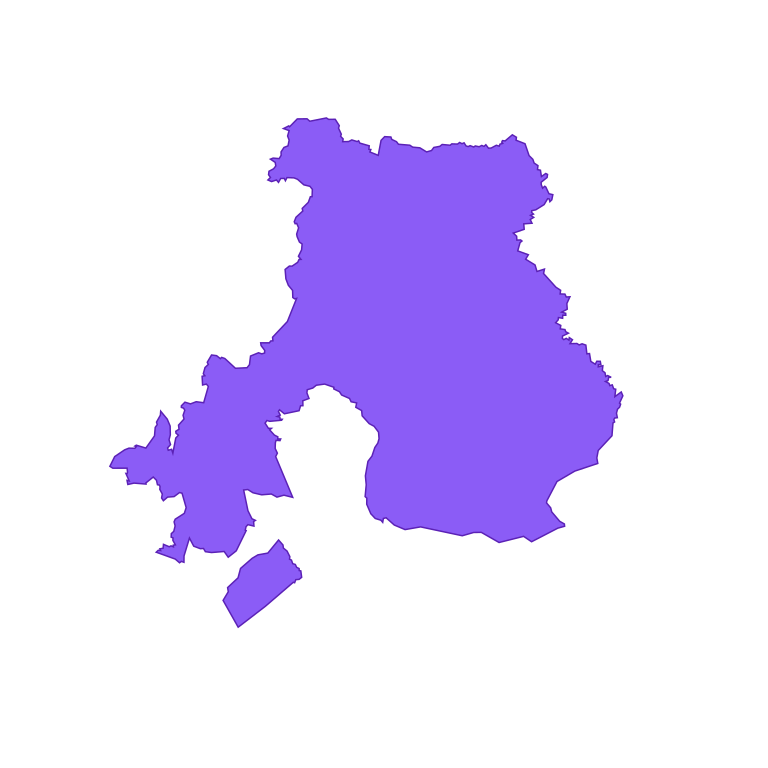 outline of Caltepec, Puebla, Mexico, rotated 289°
{"feature_id": "50627088B1371520644143", "entity_name": "Caltepec", "entity_type": "district", "adm_level": 2, "iso_a3": "MEX", "parent_name": "Mexico", "parent_adm1": "Puebla", "projection": "orthographic", "projection_center": [-97.485, 18.145], "detail": "fine", "context": "isolated", "style": "filled", "palette": "violet", "viewbox_px": 768, "rotation_deg": 289, "n_neighbors": 0, "source": "geoboundaries", "source_scale": "gbopen_adm2", "svg_char_len": 6172}
<svg xmlns="http://www.w3.org/2000/svg" viewBox="0 0 768 768"><g transform="rotate(289 384 384)"><path d="M260.8,465.1L266.0,507.4L272.8,517.1L275.4,524.3L271.6,544.4L285.4,565.6L282.9,574.9L304.3,595.3L308.3,601.1L310.4,600.1L311.4,594.8L317.7,584.2L321.2,581.9L324.5,576.4L326.5,576.0L348.1,579.3L363.8,592.8L378.5,612.0L383.4,609.3L390.9,608.2L409.3,616.4L421.7,613.2L423.2,614.4L425.2,612.9L426.9,613.2L428.1,615.6L432.1,613.3L436.2,613.0L438.7,614.3L442.0,614.3L442.6,612.9L450.6,613.7L453.7,610.9L447.2,606.4L454.5,604.8L454.3,602.7L457.5,600.1L456.0,598.0L457.8,596.6L458.5,592.6L460.2,594.7L463.5,594.3L464.3,596.6L464.8,592.7L463.3,591.2L466.6,589.3L467.7,586.1L472.5,585.0L470.0,581.0L472.1,580.4L473.0,582.7L475.9,581.1L474.8,577.8L471.5,577.3L472.7,572.2L479.7,568.4L478.6,566.0L486.5,562.2L486.5,558.2L484.5,555.8L485.1,553.2L482.7,546.7L487.2,547.8L488.2,544.1L485.7,544.6L486.5,541.4L484.5,539.6L485.2,537.8L487.5,537.2L492.1,541.8L492.6,538.8L494.4,537.4L493.5,532.7L496.9,532.1L497.8,526.3L501.3,527.8L503.6,527.3L504.3,531.5L507.2,530.6L508.2,533.5L510.0,532.8L509.8,528.6L514.4,532.9L519.6,530.7L527.0,531.4L525.6,528.0L527.9,525.8L526.5,521.2L530.1,520.5L531.5,515.0L540.4,498.9L544.9,498.3L540.2,492.0L545.7,488.1L548.1,477.3L553.2,478.4L553.4,467.1L562.0,466.6L564.1,467.9L564.7,466.3L563.3,462.8L566.9,461.3L568.8,457.1L575.9,466.2L580.9,464.0L584.2,471.6L587.1,468.7L590.3,471.3L591.2,467.6L593.3,470.0L594.3,467.7L596.0,467.3L598.1,470.8L605.8,477.0L612.5,478.4L612.8,479.9L610.4,481.5L612.8,482.7L618.0,482.0L617.6,478.0L622.9,472.9L623.3,471.6L620.8,470.2L623.7,467.8L625.9,466.9L632.4,471.0L635.4,470.4L635.7,468.4L631.4,465.3L637.1,462.3L636.7,459.3L640.6,458.5L641.8,454.0L644.9,451.6L647.2,446.8L657.1,439.1L657.5,429.5L660.4,428.9L661.4,424.2L653.3,419.4L652.7,416.8L651.0,416.6L650.1,417.9L648.6,415.6L646.4,415.5L646.3,412.5L642.0,408.5L641.0,406.0L643.4,402.4L641.2,401.2L641.4,398.8L639.3,396.7L638.8,392.8L637.3,391.7L637.4,387.8L635.9,386.3L635.8,384.1L638.1,381.2L636.6,379.5L637.0,376.9L634.8,375.4L633.1,369.9L631.3,368.8L629.4,361.0L626.9,359.4L623.9,354.1L620.2,352.9L617.3,348.7L619.0,341.0L617.3,334.0L618.2,330.7L615.4,319.6L617.2,316.9L617.8,311.7L619.8,310.1L618.1,304.1L613.4,301.9L598.3,304.1L598.8,295.1L601.4,295.2L601.0,293.3L604.4,292.5L603.9,282.7L605.7,280.8L604.5,279.7L604.3,274.1L601.7,271.6L599.7,266.0L602.4,265.6L604.1,262.3L606.3,262.3L611.1,257.7L613.7,257.6L618.4,251.7L616.2,245.5L616.8,242.9L608.3,228.3L609.7,224.9L606.4,215.7L596.5,211.0L597.0,209.9L592.8,205.8L592.7,211.8L587.1,212.1L583.7,214.9L577.9,215.7L575.1,212.4L569.9,211.1L566.8,212.3L563.0,211.5L561.5,205.6L559.6,203.4L558.1,209.0L554.9,210.7L551.5,209.5L547.7,206.0L544.3,206.7L542.3,209.4L539.1,207.8L538.8,211.8L541.9,215.9L540.3,218.6L544.7,219.4L545.9,222.8L544.1,224.6L547.6,225.1L549.6,231.8L549.4,235.6L546.2,243.4L546.8,249.6L544.7,252.9L537.7,255.0L537.1,253.4L531.1,253.3L523.4,249.5L521.1,250.9L513.0,246.5L508.2,246.3L506.6,247.8L507.4,249.2L503.9,252.4L497.3,252.6L495.0,253.9L490.7,257.8L489.7,261.0L484.0,262.4L476.9,261.5L474.8,264.9L474.1,263.1L471.0,262.8L465.5,258.7L464.7,256.1L460.1,253.2L451.5,257.0L446.2,261.4L442.7,267.1L436.1,269.6L435.4,271.8L436.5,273.5L411.6,272.3L391.9,263.4L388.7,264.9L387.8,262.9L385.6,262.2L382.8,254.0L380.3,255.3L376.9,260.3L374.4,261.0L372.7,258.6L372.7,255.2L367.0,248.7L358.5,250.5L354.8,249.2L350.5,238.4L356.3,225.2L356.3,221.8L354.7,221.0L356.3,216.5L355.3,211.5L347.0,209.8L345.3,211.5L341.3,209.4L334.9,209.8L333.5,211.9L332.1,209.5L324.0,212.8L326.1,216.1L324.5,218.7L307.6,219.6L306.1,212.2L302.2,207.5L302.0,201.7L297.4,199.5L295.9,200.0L295.9,202.4L294.3,204.2L289.0,204.2L285.8,206.3L278.2,203.1L274.5,204.9L271.5,202.5L269.7,203.4L268.7,206.3L265.1,204.7L249.8,206.9L253.1,204.4L251.1,201.6L253.1,200.2L257.2,201.9L261.3,198.9L266.4,198.5L274.6,195.5L280.2,190.5L285.6,181.7L281.7,182.7L273.9,181.3L271.8,182.8L268.5,181.8L260.2,183.9L245.9,179.7L245.5,169.7L244.2,168.7L244.2,170.2L242.1,169.4L240.3,163.7L237.3,160.2L227.7,153.0L216.9,151.6L216.1,155.0L220.8,168.5L217.1,170.2L215.6,170.3L215.4,169.1L209.4,174.6L209.2,172.4L205.6,174.5L208.9,179.9L211.9,191.6L213.0,191.1L220.9,196.1L218.9,200.2L215.0,202.6L215.3,204.5L214.0,205.7L211.4,206.3L207.8,210.2L203.8,210.8L201.8,213.4L206.6,216.2L209.2,222.2L214.8,226.0L215.0,228.6L202.7,237.2L196.7,237.3L188.2,230.6L185.3,230.4L181.8,232.7L176.2,233.2L173.3,231.6L169.9,232.6L169.8,234.6L167.4,235.3L164.0,239.1L163.0,237.2L161.5,237.9L161.6,235.3L160.2,233.9L160.6,227.7L156.8,228.6L155.2,225.7L153.8,227.0L153.3,224.7L150.8,223.4L150.5,243.6L148.4,248.9L150.3,250.2L150.3,252.9L156.3,250.9L175.0,250.2L168.7,256.9L168.5,264.0L169.7,266.9L167.3,269.7L168.5,275.8L173.6,287.4L169.5,293.1L178.1,298.6L200.5,301.4L200.6,300.4L204.2,300.0L206.7,301.1L207.3,307.3L211.5,305.5L213.2,306.8L213.6,303.0L219.9,296.6L238.1,285.8L239.9,289.6L238.5,295.5L239.4,304.4L243.3,313.3L242.2,319.6L246.3,325.6L247.1,334.6L280.1,305.2L283.9,305.7L287.6,302.1L293.1,300.4L295.6,300.3L296.6,304.1L298.4,304.2L297.5,301.4L299.5,300.8L300.0,297.0L303.4,290.8L305.4,292.0L304.5,289.1L308.3,284.3L311.4,285.2L311.5,288.1L316.4,299.0L317.5,299.3L316.9,297.2L318.8,296.3L318.5,293.6L320.8,296.0L323.7,293.1L325.6,293.6L323.4,299.5L331.1,312.4L336.3,312.2L337.1,314.4L341.7,312.7L345.9,317.8L350.5,314.0L353.6,313.3L357.0,318.0L360.8,320.4L364.6,327.9L364.6,337.7L363.0,338.1L362.2,344.4L359.8,347.5L359.1,356.1L356.5,358.7L357.2,364.3L352.8,364.9L351.6,371.5L346.8,373.7L341.7,382.9L340.8,388.4L336.7,394.5L330.7,397.1L326.1,397.4L321.0,396.0L311.9,396.1L305.7,394.0L291.1,396.3L282.9,400.0L271.4,402.8L270.5,404.9L264.7,406.8L257.0,413.8L254.0,419.5L254.2,425.4L252.8,427.8L256.7,427.2L258.2,429.6L254.0,439.6L253.2,451.3L260.8,465.1ZM174.4,369.1L180.2,366.2L180.0,364.6L181.9,363.8L182.2,361.1L184.5,358.9L184.4,356.2L187.4,353.8L187.6,351.7L190.1,351.2L194.5,346.7L196.1,342.3L198.9,340.9L202.2,335.1L186.3,329.2L181.4,320.4L176.3,316.1L162.9,308.4L153.2,309.1L140.6,302.4L136.9,304.4L127.0,302.3L106.6,325.3L135.2,344.2L167.0,362.8L167.0,364.2L170.3,364.3L171.6,367.3L174.4,369.1Z" fill="#8b5cf6" stroke="#5b21b6" stroke-width="1.5"/></g></svg>